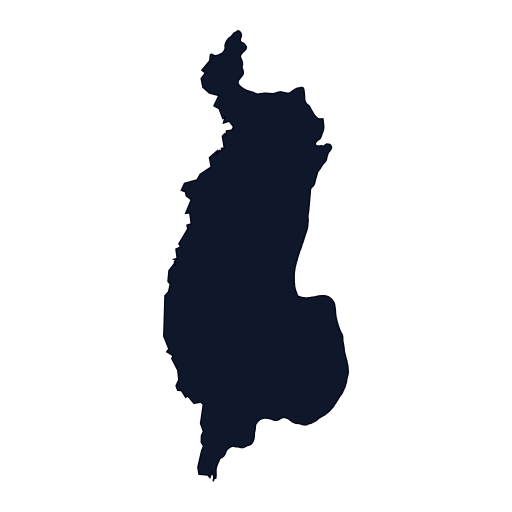 outline of IX-1 Rupununi West, Upper Takutu-Upper Essequibo, Guyana
{"feature_id": "73187651B14852666038275", "entity_name": "IX-1 Rupununi West", "entity_type": "district", "adm_level": 2, "iso_a3": "GUY", "parent_name": "Guyana", "parent_adm1": "Upper Takutu-Upper Essequibo", "projection": "robinson", "projection_center": [-59.236, 3.169], "detail": "fine", "context": "isolated", "style": "filled", "palette": "ink", "viewbox_px": 512, "rotation_deg": 0, "n_neighbors": 0, "source": "geoboundaries", "source_scale": "gbopen_adm2", "svg_char_len": 6014}
<svg xmlns="http://www.w3.org/2000/svg" viewBox="0 0 512 512"><path d="M238.1,30.7L236.8,31.6L235.1,32.6L233.9,33.2L232.9,34.5L232.0,35.6L231.1,36.6L229.6,37.7L228.4,38.7L227.3,40.2L226.5,41.4L225.8,42.9L225.2,44.6L225.1,46.0L225.2,47.4L225.1,48.9L224.6,50.3L222.9,52.6L221.8,53.5L220.4,54.1L219.2,54.7L218.0,55.2L215.2,55.9L211.3,54.2L210.4,54.9L209.8,60.8L201.9,70.2L205.5,72.9L201.2,78.5L202.9,87.2L209.5,93.1L218.9,95.5L214.0,105.8L219.1,108.6L222.8,118.4L225.0,117.3L223.5,123.0L229.2,121.1L233.6,126.8L231.8,130.2L226.5,130.9L226.0,135.8L224.6,133.9L222.4,136.2L224.3,148.1L221.5,148.4L221.9,151.5L219.3,150.4L216.9,153.4L217.1,151.0L209.5,157.6L211.2,167.0L200.2,174.3L197.1,179.9L184.5,183.4L181.4,190.3L185.5,191.8L186.3,195.9L191.3,199.7L185.7,213.3L189.8,212.8L191.3,223.9L187.0,225.2L187.8,228.9L178.9,243.8L180.8,246.9L176.0,249.1L177.2,258.5L174.1,259.3L176.0,260.1L174.4,262.1L175.9,265.5L174.1,264.0L169.0,270.6L168.0,281.4L170.3,284.1L168.6,291.8L165.0,295.7L163.8,336.2L168.9,349.0L166.8,351.8L173.1,355.6L171.8,358.6L177.9,370.4L178.8,379.9L176.1,385.8L177.7,390.2L181.5,390.6L185.7,397.3L187.8,395.9L194.0,403.3L200.9,402.1L203.3,404.5L200.6,423.5L203.5,431.5L201.5,435.5L201.3,442.3L203.6,446.0L201.7,450.7L197.9,467.2L199.0,474.2L207.8,475.0L209.9,477.5L212.0,472.2L213.9,476.7L213.2,481.3L215.0,476.0L215.5,477.8L215.3,478.2L215.7,478.2L215.9,476.7L216.1,475.1L216.0,473.3L216.0,471.7L215.9,470.3L216.1,468.8L216.4,467.2L216.8,465.8L217.4,464.2L218.2,462.3L218.9,460.9L219.5,459.1L220.6,458.0L222.1,457.2L223.6,456.1L224.7,454.4L225.4,453.0L225.9,451.5L226.5,450.2L227.5,449.1L228.8,448.0L231.8,446.2L233.5,446.1L235.0,446.6L238.0,446.8L239.5,447.2L241.1,447.5L242.8,447.6L244.7,446.9L245.9,446.3L247.1,445.6L248.5,445.2L249.8,444.8L251.0,444.1L252.0,443.0L253.0,441.4L253.5,440.0L253.9,438.6L254.3,435.7L254.3,433.8L254.4,432.4L254.8,431.0L255.1,429.4L255.4,425.6L255.7,424.2L256.6,423.0L257.4,421.8L258.4,420.8L259.6,419.8L260.7,419.1L262.0,418.6L263.2,418.2L264.6,418.0L266.0,418.1L267.5,418.1L268.9,418.4L270.8,418.9L272.2,419.4L274.0,420.1L275.4,420.3L276.9,420.2L278.3,419.8L279.5,419.2L280.7,418.3L282.1,417.8L283.6,417.3L285.2,417.5L286.4,418.0L287.8,418.4L289.2,419.3L290.3,420.2L291.7,421.3L293.1,422.2L294.8,422.8L296.2,423.4L297.6,423.2L299.0,423.6L300.6,423.8L302.1,424.5L303.6,424.7L305.1,424.9L306.9,424.7L308.2,423.9L309.6,423.5L311.3,423.1L312.7,422.3L313.8,421.7L315.2,421.1L316.4,420.4L317.4,419.4L318.4,418.5L321.1,416.8L323.6,415.4L324.9,414.7L326.0,413.8L327.1,412.9L328.3,411.9L329.5,410.9L330.6,409.7L331.8,408.2L332.8,407.3L333.7,405.9L334.6,404.4L335.7,402.9L336.7,401.2L337.6,399.9L338.4,398.3L339.3,397.1L340.3,395.5L341.6,393.8L342.4,392.6L343.1,390.8L343.8,389.2L344.6,387.6L345.2,386.0L345.7,384.3L346.2,382.6L346.5,381.1L346.7,379.3L347.1,377.7L347.6,375.9L347.9,374.4L348.2,372.9L348.2,371.4L348.1,369.7L347.9,367.7L347.8,366.1L347.5,364.5L347.0,362.5L346.8,361.0L346.4,359.6L346.0,358.3L345.1,354.6L344.6,352.7L344.2,350.7L344.1,349.3L344.0,347.8L343.5,344.9L343.2,343.4L342.9,341.8L342.7,339.9L342.7,338.4L342.6,336.4L342.2,334.7L341.3,333.3L340.6,331.8L339.9,330.3L339.4,329.0L338.8,327.3L338.3,325.9L337.8,324.2L336.7,320.4L336.4,318.6L336.0,317.1L335.8,315.5L335.5,313.8L335.5,312.2L335.2,308.8L334.9,307.0L334.7,305.3L334.3,303.7L333.8,302.3L332.7,300.7L331.6,299.2L330.0,297.9L328.4,296.8L326.9,296.3L325.5,295.9L324.2,295.8L323.0,295.7L321.4,295.8L319.9,295.9L318.6,296.0L317.1,296.4L315.6,296.8L314.2,297.1L312.7,297.2L311.4,297.4L309.8,297.7L308.3,297.9L305.6,298.1L304.2,297.8L302.6,297.7L301.0,297.3L299.7,296.8L298.2,296.4L297.1,295.0L296.8,293.5L296.2,292.1L295.6,290.7L295.1,288.8L294.7,287.1L294.5,285.6L294.4,283.6L294.2,281.7L294.2,280.0L294.1,277.9L294.2,276.0L294.2,274.2L294.4,271.8L294.7,269.6L295.1,267.1L295.7,264.8L296.0,263.4L296.7,261.0L297.2,259.2L297.6,257.5L298.3,255.3L299.1,253.0L299.4,251.7L300.2,249.8L300.8,248.4L301.5,246.2L302.0,244.3L302.8,242.5L303.5,240.2L304.3,237.7L304.8,236.1L305.2,234.7L305.8,233.0L306.5,231.1L307.0,229.3L307.5,227.0L307.7,225.0L307.8,223.0L308.1,221.5L308.1,219.8L307.9,217.7L307.8,215.8L308.3,212.7L308.6,211.0L310.5,189.1L311.2,187.8L312.5,186.5L313.4,185.6L314.2,184.3L314.8,182.3L315.6,178.8L316.2,177.2L316.9,174.5L317.4,172.5L318.1,171.2L318.9,170.1L320.0,168.8L320.7,167.5L321.5,166.3L323.5,163.4L324.6,162.3L325.5,161.2L326.2,160.0L326.7,158.1L326.9,156.6L327.5,155.0L327.9,153.5L328.7,152.1L329.8,150.9L330.8,149.4L331.5,148.0L331.3,146.5L330.7,145.3L329.6,144.4L328.0,144.2L326.8,144.0L325.5,144.7L324.3,145.8L323.1,146.3L321.7,145.8L320.2,145.9L318.9,146.1L317.3,146.0L316.1,145.6L315.1,144.3L315.6,142.7L316.4,141.4L317.4,140.5L318.5,139.6L319.6,139.1L320.6,137.6L321.6,135.0L322.0,133.6L322.7,132.0L323.4,129.9L323.7,127.4L323.7,125.8L323.5,124.4L323.3,122.6L323.1,120.8L322.9,118.9L321.5,118.9L320.1,119.0L318.5,118.9L317.2,118.0L315.9,116.8L314.8,115.7L314.0,114.5L313.3,113.3L311.2,109.8L310.2,107.9L309.6,106.6L308.7,105.6L307.1,104.4L306.0,103.2L305.2,101.5L304.7,100.1L304.6,98.1L304.5,96.3L304.4,94.6L304.2,92.6L304.0,91.2L303.8,89.5L303.1,87.9L301.4,87.4L300.0,87.8L298.8,88.0L297.4,88.2L296.1,88.8L294.9,89.5L293.6,90.3L292.5,91.0L291.2,92.1L290.1,92.8L288.3,93.3L286.7,93.2L285.2,92.8L283.9,92.6L281.2,91.9L279.7,92.0L278.4,92.2L277.0,92.6L275.9,93.1L274.6,93.4L273.0,93.7L271.4,93.7L268.0,93.4L266.2,93.3L264.6,93.2L262.0,93.6L260.1,93.7L258.6,94.2L257.3,94.1L255.7,93.6L254.4,93.1L253.2,92.4L251.7,92.0L248.9,91.2L247.7,90.8L246.3,90.3L245.1,89.7L243.4,88.8L240.9,86.9L239.5,85.8L238.6,84.5L237.9,83.2L238.0,81.3L238.8,79.8L239.8,78.6L241.0,77.1L242.0,75.8L243.0,74.4L243.3,72.8L243.1,70.9L242.6,69.3L242.0,67.9L242.0,66.2L242.5,64.5L242.4,62.7L241.8,60.5L241.2,59.1L240.4,57.2L240.4,55.8L241.0,54.4L241.8,53.4L243.0,52.0L244.0,51.2L245.0,50.1L246.0,48.8L246.4,47.1L245.6,45.7L244.5,44.1L243.5,43.3L242.1,42.7L240.9,42.0L240.2,40.7L240.4,38.6L241.1,36.9L241.4,35.4L241.2,34.0L240.5,32.6L239.6,31.5L238.1,30.7Z" fill="#0f172a" stroke="#020617" stroke-width="1.5"/></svg>